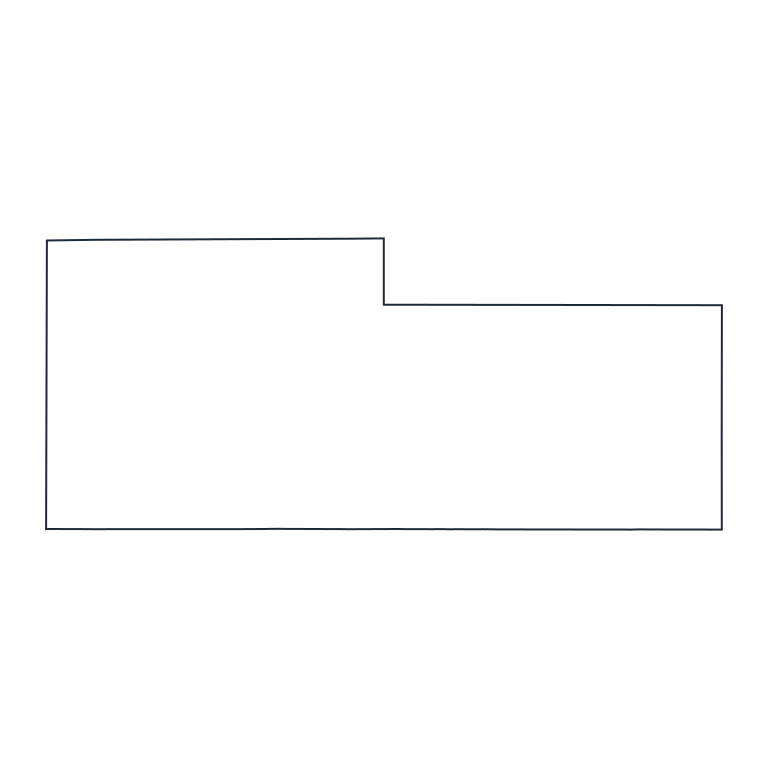 Adams, North Dakota, United States of America (Natural Earth projection)
{"feature_id": "52423323B23495952860942", "entity_name": "Adams", "entity_type": "district", "adm_level": 2, "iso_a3": "USA", "parent_name": "United States of America", "parent_adm1": "North Dakota", "projection": "natural_earth1", "projection_center": [-102.421, 46.114], "detail": "fine", "context": "isolated", "style": "outline", "palette": "slate", "viewbox_px": 768, "rotation_deg": 0, "n_neighbors": 0, "source": "geoboundaries", "source_scale": "gbopen_adm2", "svg_char_len": 743}
<svg xmlns="http://www.w3.org/2000/svg" viewBox="0 0 768 768"><path d="M94.9,239.8L46.9,240.5L46.1,529.1L46.3,529.1L50.0,529.0L82.4,529.1L97.0,529.2L124.3,529.1L243.2,529.1L264.0,529.0L265.1,529.0L269.0,528.9L279.3,528.8L285.4,528.9L342.3,529.1L347.5,529.2L398.3,529.0L404.0,529.1L409.4,529.1L418.3,529.1L432.6,529.2L436.1,529.1L442.8,529.1L445.6,529.2L450.8,529.3L452.3,529.3L454.7,529.2L480.8,529.3L481.4,529.2L498.4,529.4L573.2,529.5L600.9,529.5L601.1,529.5L612.8,529.5L613.8,529.5L614.9,529.5L622.4,529.5L629.2,529.6L635.9,529.5L636.4,529.4L661.5,529.5L663.2,529.5L679.6,529.5L720.4,529.6L720.6,529.6L721.8,529.6L721.7,435.9L721.9,305.2L383.8,304.7L383.8,238.4L349.5,238.7L94.9,239.8Z" fill="none" stroke="#1e293b" stroke-width="2"/></svg>